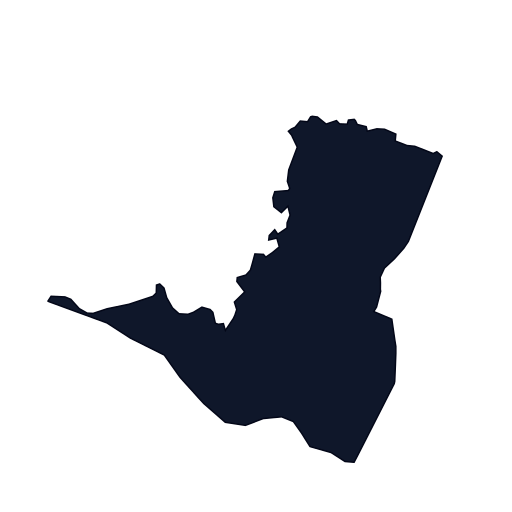 Dorado, Puerto Rico (Robinson projection), rotated 202°
{"feature_id": "32010507B14965508281660", "entity_name": "Dorado", "entity_type": "district", "adm_level": 2, "iso_a3": "PRI", "parent_name": "Puerto Rico", "parent_adm1": "", "projection": "robinson", "projection_center": [-66.267, 18.432], "detail": "fine", "context": "isolated", "style": "filled", "palette": "ink", "viewbox_px": 512, "rotation_deg": 202, "n_neighbors": 0, "source": "geoboundaries", "source_scale": "gbopen_adm2", "svg_char_len": 1833}
<svg xmlns="http://www.w3.org/2000/svg" viewBox="0 0 512 512"><g transform="rotate(202 256 256)"><path d="M272.7,383.8L268.1,381.3L266.6,379.8L258.5,372.4L257.9,348.1L254.9,337.0L250.0,331.3L250.5,328.8L262.7,322.7L262.2,316.3L257.9,308.4L248.7,305.7L245.1,314.2L239.7,306.7L239.6,298.4L237.8,293.6L244.0,284.4L248.5,287.4L251.4,280.0L250.2,275.6L243.4,280.4L237.8,273.2L242.2,265.1L246.5,258.6L249.7,260.3L257.8,257.5L256.6,247.6L255.9,240.8L258.2,234.6L265.3,229.0L264.2,225.2L253.0,218.5L258.8,205.2L253.8,199.1L253.4,193.2L253.6,189.5L256.5,175.5L260.9,181.1L265.3,178.6L268.5,178.4L274.9,187.6L278.5,189.2L287.0,188.3L292.9,180.4L297.2,176.5L305.7,173.6L314.0,176.6L323.2,183.9L329.3,191.8L334.8,194.0L337.4,191.8L334.6,184.3L336.5,180.0L355.7,163.7L374.3,151.3L385.5,141.8L391.1,139.8L400.2,141.0L411.5,146.5L417.8,146.5L430.9,141.9L432.0,136.3L430.9,136.1L369.1,138.1L341.6,132.8L303.9,129.8L283.5,116.7L280.8,115.0L268.1,108.8L263.2,106.5L262.1,105.9L256.4,103.1L249.0,99.6L228.8,92.6L222.2,90.3L202.4,95.0L200.3,96.9L195.3,101.5L195.0,101.9L188.3,108.1L187.6,108.4L179.2,112.8L176.4,114.2L172.0,116.5L162.6,116.5L159.3,116.5L147.3,108.8L141.4,104.5L134.6,99.6L133.1,99.7L112.7,101.9L96.5,98.8L87.8,101.5L87.1,108.5L85.8,123.1L80.0,189.4L80.4,191.7L85.6,206.3L89.9,218.2L92.5,224.6L95.7,229.9L106.4,248.3L126.0,248.6L125.1,253.8L127.2,270.0L128.2,271.7L130.5,277.6L132.9,282.9L132.4,292.9L126.6,305.3L121.9,318.5L120.2,326.6L120.2,327.6L120.8,418.3L127.4,420.4L130.1,417.4L149.9,417.2L157.4,415.0L170.0,414.8L172.0,421.4L184.3,421.7L191.6,419.2L199.6,413.4L202.3,417.2L211.4,415.9L214.6,418.8L216.1,419.5L221.2,416.7L220.8,412.4L228.0,409.8L232.1,411.7L240.4,404.6L251.1,407.9L256.2,406.6L257.5,405.5L258.5,399.8L265.5,397.7L268.0,390.0L270.8,387.0L272.7,383.8Z" fill="#0f172a" stroke="#020617" stroke-width="1.5"/></g></svg>